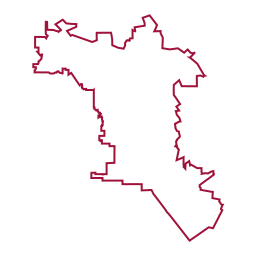 outline of Navojoa, Sonora, Mexico
{"feature_id": "50627088B81752384557696", "entity_name": "Navojoa", "entity_type": "district", "adm_level": 2, "iso_a3": "MEX", "parent_name": "Mexico", "parent_adm1": "Sonora", "projection": "albers", "projection_center": [-109.481, 27.027], "detail": "fine", "context": "isolated", "style": "outline", "palette": "rose", "viewbox_px": 256, "rotation_deg": 0, "n_neighbors": 0, "source": "geoboundaries", "source_scale": "gbopen_adm2", "svg_char_len": 5202}
<svg xmlns="http://www.w3.org/2000/svg" viewBox="0 0 256 256"><path d="M91.3,178.0L102.5,178.0L102.5,180.6L112.7,180.6L113.1,180.6L114.5,180.6L122.5,180.6L122.5,184.1L122.8,184.1L126.2,184.2L134.9,184.1L141.7,184.2L141.7,190.4L151.5,190.0L152.5,191.9L153.7,194.4L154.7,195.5L161.1,203.9L165.4,209.7L165.6,210.0L166.7,211.8L166.9,212.0L168.5,213.7L171.7,217.6L189.6,240.6L208.7,227.3L213.0,228.2L218.6,217.4L219.5,215.5L222.3,210.2L220.9,209.0L222.4,205.3L222.5,205.2L222.7,204.8L221.8,204.8L221.7,204.6L221.1,204.2L219.2,201.3L219.6,199.5L212.4,198.1L212.8,191.9L210.4,191.6L200.6,189.8L200.6,187.7L199.7,187.0L199.6,185.1L213.8,174.7L213.9,174.1L213.4,174.0L213.4,171.1L212.8,171.1L212.4,171.2L211.1,171.7L208.0,173.4L205.2,173.2L201.8,173.8L202.1,173.1L201.8,172.7L201.6,172.4L201.5,171.7L201.5,168.1L197.1,168.1L191.0,164.6L190.9,164.6L190.1,165.3L189.2,161.1L185.6,163.6L185.3,168.7L184.7,168.0L183.6,166.9L183.7,166.6L183.7,166.2L183.8,166.0L183.8,165.9L183.8,165.7L184.0,165.4L183.5,164.7L183.6,159.5L183.5,158.9L183.5,158.6L183.6,157.1L180.9,158.4L176.6,160.2L178.8,149.6L178.5,149.4L178.4,149.3L178.2,149.2L178.1,148.7L177.9,148.4L177.5,148.1L177.4,147.8L177.1,147.6L176.9,147.2L176.9,146.8L176.6,146.6L176.2,146.5L176.2,146.3L176.1,146.2L176.0,146.3L175.9,146.4L175.7,146.4L175.3,146.3L175.5,145.9L175.8,145.7L176.8,145.6L176.6,145.1L176.3,144.7L176.4,144.3L176.1,141.5L176.1,141.3L176.9,140.4L176.9,139.7L179.3,137.3L179.7,136.9L179.8,136.8L179.7,136.1L179.7,135.9L179.7,135.7L179.7,135.2L179.5,134.8L179.4,134.5L179.3,134.4L178.9,131.7L178.4,131.4L177.2,131.1L176.9,130.8L176.7,130.2L176.4,129.9L176.0,129.4L175.8,128.7L175.3,127.7L175.5,126.6L175.2,125.6L175.0,124.6L175.0,123.9L175.6,123.4L176.0,123.5L178.0,122.1L178.4,122.1L179.5,121.4L180.4,121.5L180.1,120.2L179.8,119.1L179.3,117.8L179.1,117.6L179.0,117.4L178.1,116.4L177.8,116.1L177.1,115.1L176.4,113.7L176.4,112.8L176.3,112.1L176.0,111.8L175.8,111.1L179.1,110.6L176.4,106.6L180.1,104.1L175.2,96.8L173.8,95.0L173.7,91.1L173.8,84.9L179.2,80.2L181.7,86.2L196.9,86.3L196.8,76.1L197.3,75.9L199.5,75.6L200.6,75.6L203.4,76.7L203.6,76.2L204.3,75.8L204.8,75.7L204.1,75.3L197.3,63.7L190.9,58.3L189.7,57.5L190.0,57.5L190.1,57.2L190.7,56.8L191.5,56.1L195.1,52.3L193.4,53.4L190.5,52.7L187.7,49.5L184.1,52.7L183.3,52.1L182.6,51.6L177.9,48.3L175.0,48.7L169.7,49.4L162.4,48.2L162.8,37.7L160.6,33.2L160.6,31.1L155.4,31.3L154.3,31.3L155.4,29.1L157.0,25.0L149.6,15.4L142.7,17.8L144.6,23.1L144.7,25.7L134.6,27.3L135.2,31.2L135.1,31.3L132.5,30.0L132.6,38.3L129.9,38.5L129.5,39.6L129.6,40.3L129.7,40.5L129.4,40.8L128.7,40.5L128.5,40.3L128.0,40.3L127.7,40.4L127.2,40.2L126.9,40.4L126.6,40.6L126.4,40.9L126.4,41.2L126.3,41.4L126.1,41.6L125.6,42.0L125.5,42.4L125.3,42.6L125.1,43.0L125.0,43.5L124.9,43.7L125.0,44.2L125.2,44.8L125.2,45.0L125.2,45.3L123.6,48.7L118.0,47.7L112.3,45.2L112.2,39.3L111.3,33.9L110.9,32.7L96.7,32.8L96.7,37.5L96.8,40.2L92.3,42.0L72.1,34.9L70.7,35.8L67.0,30.9L76.2,26.9L76.4,24.1L71.6,23.9L66.3,23.4L62.7,19.7L55.5,24.3L61.0,30.0L60.7,30.5L59.8,30.8L59.0,31.1L58.9,31.4L58.8,31.6L58.6,31.9L58.3,31.7L58.1,31.5L58.0,31.4L57.3,31.2L55.4,30.7L53.9,30.1L53.4,30.0L47.3,29.8L47.1,21.9L45.8,21.8L45.7,29.8L45.8,34.1L47.7,35.8L47.3,36.2L47.2,36.4L46.2,38.4L45.0,37.0L35.1,36.9L35.1,47.5L38.5,47.5L38.5,51.9L37.4,51.9L37.9,52.5L38.8,53.6L39.2,54.1L40.3,55.5L40.6,55.7L41.2,55.6L41.3,55.0L41.4,54.5L42.1,54.5L41.4,58.9L40.8,59.2L40.6,59.4L40.4,59.7L40.1,60.4L39.9,60.6L38.7,61.2L38.6,61.3L38.5,61.5L38.4,61.8L38.4,62.1L38.6,63.0L38.5,63.3L38.1,63.8L38.0,64.1L35.3,64.1L33.3,64.1L33.3,67.2L35.9,67.2L35.9,68.6L35.1,70.1L34.6,70.3L34.6,72.4L37.2,72.3L42.2,72.4L48.8,72.4L49.5,73.0L50.0,73.4L50.9,73.5L53.4,73.5L53.5,73.5L53.9,73.3L54.9,72.6L55.1,72.6L55.3,72.5L56.1,72.6L56.3,72.6L56.5,72.6L56.8,72.3L56.9,72.2L57.1,71.6L57.3,71.4L58.3,71.3L58.6,71.4L59.0,72.2L59.1,72.4L59.4,72.6L62.3,73.4L62.5,73.5L62.6,73.4L62.6,68.6L65.6,68.6L65.6,69.9L68.5,69.9L68.5,74.7L71.2,72.9L79.6,85.3L79.7,85.2L81.1,84.0L81.3,84.0L82.0,84.2L82.0,85.3L82.2,85.8L81.7,86.7L81.9,87.1L81.9,87.4L82.2,87.4L82.4,88.0L82.5,88.5L83.2,88.5L83.4,88.6L83.5,88.7L83.6,89.2L83.7,89.3L84.1,89.0L84.8,89.0L86.1,88.9L86.1,90.0L93.4,90.0L93.6,90.0L93.7,89.9L93.6,90.0L93.8,89.8L93.8,95.0L93.8,107.5L94.5,107.5L94.5,109.2L95.9,109.8L96.0,109.8L96.3,110.5L97.1,110.2L96.9,110.6L97.9,110.8L98.4,112.4L98.5,112.6L99.1,112.5L99.4,113.3L99.6,113.3L99.8,113.3L100.0,113.2L100.0,114.0L100.7,114.0L100.5,114.5L100.5,114.8L100.4,115.0L100.2,115.1L99.6,115.0L99.6,116.3L98.8,116.3L98.8,115.5L98.4,115.5L98.4,117.6L98.7,117.4L98.9,117.3L99.1,117.3L99.6,117.1L99.8,117.0L101.0,116.8L101.2,116.7L101.6,116.6L101.6,116.9L101.7,117.7L102.1,117.7L102.1,118.4L102.0,118.5L102.0,118.8L102.0,119.0L102.1,120.0L102.8,120.9L102.5,121.3L102.9,121.8L102.6,122.1L102.7,124.9L102.1,124.9L102.1,126.1L101.3,126.1L101.3,129.9L101.3,130.8L104.4,130.8L104.4,133.1L104.4,135.9L99.3,135.9L99.3,140.1L101.9,140.1L102.0,140.3L101.9,140.6L101.4,141.1L101.9,141.1L101.9,143.6L109.5,143.6L109.5,146.1L114.5,146.1L114.4,162.8L106.6,163.2L106.6,168.8L106.6,170.3L106.6,174.1L102.7,174.1L102.8,174.4L102.4,174.4L102.4,174.1L95.4,174.1L95.4,172.7L91.4,172.8L91.3,178.0Z" fill="none" stroke="#9f1239" stroke-width="2"/></svg>